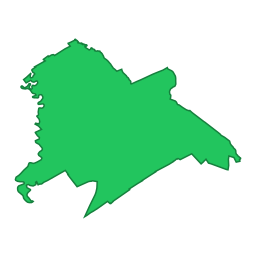 Bucecea, Botosani, Romania
{"feature_id": "2599482B9229930531525", "entity_name": "Bucecea", "entity_type": "district", "adm_level": 2, "iso_a3": "ROU", "parent_name": "Romania", "parent_adm1": "Botosani", "projection": "natural_earth1", "projection_center": [26.438, 47.768], "detail": "fine", "context": "isolated", "style": "filled", "palette": "green", "viewbox_px": 256, "rotation_deg": 0, "n_neighbors": 0, "source": "geoboundaries", "source_scale": "gbopen_adm2", "svg_char_len": 5431}
<svg xmlns="http://www.w3.org/2000/svg" viewBox="0 0 256 256"><path d="M240.0,161.1L239.6,160.2L239.5,159.4L240.3,159.1L240.6,158.7L240.5,158.0L239.4,157.3L239.0,156.7L238.0,156.0L237.3,155.0L236.3,154.1L236.0,153.2L235.8,152.2L235.8,151.2L235.6,150.2L234.8,149.1L233.6,148.1L233.3,147.3L231.1,144.9L230.3,143.6L229.6,141.1L224.6,137.3L221.2,135.4L220.0,134.0L218.0,132.4L204.7,122.1L204.0,121.7L192.1,112.6L189.8,110.5L189.2,110.8L186.5,109.9L182.8,107.6L179.2,105.0L177.8,104.6L177.4,104.3L176.4,102.1L175.3,101.0L170.2,99.1L170.6,97.5L170.8,95.6L170.7,95.0L169.9,94.3L169.5,92.1L169.6,91.1L170.5,89.1L171.2,88.4L171.9,88.0L173.3,86.9L174.8,86.3L175.4,85.2L175.8,84.1L175.7,80.7L175.7,78.1L175.4,76.2L173.2,72.2L172.7,71.6L171.7,70.8L168.2,69.1L167.6,68.5L167.3,67.6L163.0,70.1L157.4,72.3L152.8,74.2L140.6,79.9L137.0,81.4L132.9,83.3L131.6,83.8L131.1,83.9L130.9,83.8L130.7,83.3L130.8,82.5L130.8,81.7L130.5,81.0L129.3,79.9L128.8,79.0L128.8,78.7L128.2,77.8L127.0,76.9L126.3,75.7L122.9,72.5L121.9,70.2L121.7,69.3L116.8,71.2L114.8,69.3L113.1,68.0L113.0,67.7L112.6,67.1L111.2,65.1L110.7,64.2L109.4,62.8L108.3,61.4L106.5,59.7L105.1,58.8L104.0,57.8L103.7,57.0L103.6,56.4L102.1,53.7L101.4,52.9L101.2,52.6L100.9,52.6L100.5,52.4L99.8,51.1L98.7,51.2L97.8,50.8L96.6,51.2L95.7,50.9L95.2,50.9L94.6,50.6L94.6,50.4L94.7,49.8L94.4,49.6L94.0,49.3L92.2,48.8L92.0,48.6L92.1,48.2L91.5,47.9L91.3,47.9L91.0,48.1L90.5,49.2L89.4,49.9L89.1,49.9L87.5,48.8L86.6,48.3L85.9,47.8L85.8,47.1L84.9,46.8L85.0,46.5L86.0,46.3L86.9,45.7L87.0,45.4L86.8,45.1L86.5,44.8L85.1,44.8L84.3,44.9L83.8,44.3L84.0,44.2L83.5,44.0L82.9,44.4L82.7,43.9L82.2,43.5L82.2,43.8L82.1,44.0L81.5,43.5L81.4,43.7L80.7,43.5L80.1,43.0L79.2,43.2L78.7,42.6L77.9,42.7L77.9,42.4L78.3,41.9L78.1,41.6L77.6,41.3L77.4,40.8L77.0,40.7L76.8,40.4L75.4,40.2L75.2,40.0L75.8,39.6L75.6,39.4L75.3,39.3L75.1,39.6L74.8,39.6L74.8,39.9L74.3,40.4L70.5,42.3L68.1,43.3L68.3,43.9L69.0,44.6L70.2,46.2L65.1,48.8L54.6,55.5L53.9,54.8L53.3,54.6L51.4,55.0L48.6,56.7L48.1,55.9L43.3,59.4L43.4,59.6L45.2,60.9L34.8,66.7L35.5,67.1L32.1,69.5L31.8,70.1L32.8,72.2L34.5,73.4L34.7,73.9L34.6,74.3L33.4,75.5L32.8,77.0L32.3,77.4L31.3,77.7L30.5,77.7L30.3,77.4L30.2,75.6L30.7,74.3L30.8,73.5L30.7,73.4L26.5,77.3L23.6,79.6L26.1,82.9L30.6,80.4L31.3,80.7L31.8,81.4L32.1,81.7L33.5,82.1L34.4,82.0L35.9,81.2L36.5,81.0L36.8,80.9L37.2,81.3L37.6,82.1L37.7,82.6L37.6,83.1L37.4,83.5L36.1,85.0L35.4,85.4L34.3,85.7L33.5,85.6L33.0,85.2L32.6,85.4L32.0,86.1L31.9,86.5L32.0,87.7L32.2,88.4L31.6,89.1L31.0,89.2L30.6,89.1L29.5,87.9L29.2,87.1L29.6,86.0L30.0,85.5L30.5,84.4L30.3,83.8L30.1,83.7L29.6,83.6L29.1,83.7L28.3,85.0L27.3,86.3L25.4,87.5L24.4,87.6L23.8,87.5L23.0,86.6L22.2,86.0L21.9,85.9L21.1,86.4L21.0,86.8L21.1,87.5L21.5,87.9L22.0,88.3L22.8,88.6L24.9,88.9L25.7,88.9L26.7,88.6L27.9,88.6L29.4,89.3L30.2,90.0L31.3,91.5L31.9,92.5L32.8,93.3L35.1,93.9L35.8,94.5L36.0,95.2L35.8,95.4L32.9,96.5L32.6,96.8L32.7,97.3L32.9,97.5L34.3,97.8L36.2,97.8L37.8,97.9L38.3,97.6L38.6,97.2L38.6,95.5L38.8,95.2L39.9,94.8L40.6,94.7L41.1,94.6L41.6,94.8L42.0,95.3L42.9,97.0L42.8,98.2L42.3,99.0L40.7,101.2L39.9,101.7L39.0,102.1L38.3,102.7L38.1,103.1L38.0,103.8L38.3,104.2L38.8,104.4L42.3,103.9L43.0,103.9L43.7,104.3L44.0,104.9L44.1,105.3L44.1,105.9L43.9,106.5L43.3,107.4L42.7,107.9L41.5,108.2L39.9,107.9L39.3,108.0L38.9,108.2L38.7,108.7L38.2,112.0L38.5,114.1L38.4,114.8L38.0,115.4L36.9,116.0L36.9,116.4L38.1,117.8L39.3,119.5L39.7,121.8L39.0,123.9L35.7,123.2L35.1,124.1L38.6,126.1L41.5,129.4L35.4,132.3L35.3,132.6L37.4,135.7L39.4,137.5L39.4,138.2L39.0,139.2L38.2,139.4L35.4,140.7L35.6,142.1L36.2,142.8L39.2,144.4L40.1,145.6L41.9,147.7L42.3,148.5L42.3,149.3L42.0,150.0L41.2,150.8L40.0,151.5L39.3,152.2L38.3,153.6L38.3,154.4L38.9,155.5L40.8,156.8L41.8,157.8L41.8,158.5L41.1,159.8L37.4,161.9L34.7,163.1L33.3,163.4L31.0,162.8L29.9,162.7L29.0,163.2L28.5,164.5L28.1,165.9L27.5,166.8L23.9,170.1L20.7,173.6L18.9,175.3L16.1,177.2L15.4,179.4L15.7,180.3L17.5,181.3L20.0,181.7L21.7,181.7L23.3,181.9L24.0,182.3L24.3,183.1L24.0,183.8L23.2,184.2L18.9,185.8L18.1,186.6L17.7,187.4L17.6,188.3L17.7,190.0L18.2,191.3L18.4,191.7L22.8,195.4L23.2,196.3L23.6,198.1L24.5,199.5L26.1,201.1L27.1,201.9L27.9,202.3L29.4,202.6L31.4,202.6L32.6,202.0L33.2,201.4L32.8,201.2L32.4,200.9L31.6,201.0L31.0,200.8L29.7,199.1L29.2,198.3L28.0,197.1L27.1,195.9L26.9,194.6L27.5,193.4L27.8,192.7L29.9,190.8L30.5,190.0L30.4,189.5L30.1,189.3L28.8,188.7L28.3,188.3L27.4,188.0L27.1,187.7L26.8,187.3L26.8,186.8L26.4,185.7L26.4,185.4L26.7,185.0L27.3,184.8L28.6,184.5L29.5,185.2L30.1,185.5L32.7,185.9L33.3,185.9L35.3,184.9L35.8,184.6L36.0,183.4L35.6,182.3L36.6,181.6L38.1,184.8L39.5,184.1L41.4,184.0L42.0,183.7L42.8,183.1L43.5,182.4L47.5,180.5L65.3,170.4L68.3,174.5L67.9,174.7L69.9,177.4L77.1,186.7L88.0,181.8L89.4,181.4L91.5,181.2L92.5,180.8L97.2,181.6L96.9,188.1L96.0,192.2L95.2,194.5L94.0,197.0L89.9,205.3L84.7,216.7L87.0,215.3L90.7,212.6L93.1,211.3L97.6,208.4L107.5,201.4L110.1,203.6L110.7,203.1L111.0,203.4L113.1,201.5L113.0,201.3L129.5,189.8L129.3,189.4L129.6,189.2L129.3,188.9L138.0,183.3L141.9,181.0L141.7,180.9L142.5,180.4L142.4,180.3L155.7,171.8L155.4,171.5L169.0,164.3L173.5,161.5L173.4,161.3L175.2,160.2L175.9,159.5L176.5,159.0L177.3,159.1L178.0,158.5L180.2,159.6L191.7,153.8L201.1,163.9L203.6,161.7L204.1,161.0L205.2,160.1L206.0,159.2L208.5,163.1L211.0,163.8L226.5,169.5L228.0,169.8L228.7,165.5L228.4,159.4L228.9,156.0L233.9,157.5L236.2,162.1L239.9,161.3L240.0,161.1Z" fill="#22c55e" stroke="#15803d" stroke-width="1.5"/></svg>